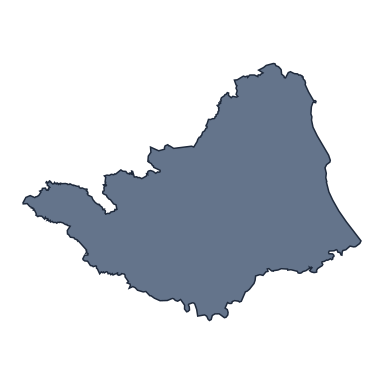 the district of Actopan, Veracruz, Mexico
{"feature_id": "50627088B39480353913545", "entity_name": "Actopan", "entity_type": "district", "adm_level": 2, "iso_a3": "MEX", "parent_name": "Mexico", "parent_adm1": "Veracruz", "projection": "albers", "projection_center": [-96.592, 19.561], "detail": "fine", "context": "isolated", "style": "filled", "palette": "slate", "viewbox_px": 384, "rotation_deg": 0, "n_neighbors": 0, "source": "geoboundaries", "source_scale": "gbopen_adm2", "svg_char_len": 5935}
<svg xmlns="http://www.w3.org/2000/svg" viewBox="0 0 384 384"><path d="M304.8,80.5L303.3,79.1L303.0,76.9L302.3,77.0L302.2,76.0L300.0,74.9L298.8,75.1L297.6,73.9L294.3,73.6L290.4,71.7L288.3,72.6L285.5,77.9L284.3,77.6L284.1,76.3L281.6,74.1L281.2,69.9L280.5,68.8L278.5,66.7L275.9,65.7L274.9,63.7L273.3,63.5L266.2,65.4L263.5,67.6L258.6,70.1L263.0,72.9L260.7,74.3L260.1,75.2L258.9,74.8L258.0,75.2L257.8,76.6L254.4,75.0L250.5,75.0L249.5,75.2L247.7,77.4L247.2,76.1L245.2,76.8L243.4,76.1L237.3,79.8L234.4,80.1L236.1,85.0L236.9,85.6L236.0,88.1L237.2,90.8L236.1,94.3L237.8,96.5L236.4,97.1L232.8,96.3L231.2,97.7L228.5,95.4L228.6,93.0L227.3,92.6L226.2,94.3L225.0,94.6L224.4,95.7L221.4,97.8L220.8,99.5L221.2,100.9L220.0,101.4L220.7,103.1L220.3,103.5L219.0,103.0L219.1,104.8L217.2,105.4L219.1,107.9L218.6,108.4L218.9,110.8L218.1,111.4L217.7,113.9L216.1,114.6L216.1,116.2L215.1,116.7L214.8,118.1L214.0,118.7L212.7,118.6L210.7,119.5L208.5,119.4L207.1,123.7L206.0,125.5L206.1,126.1L207.0,126.3L207.0,127.8L205.9,128.4L204.6,130.9L202.6,132.2L201.6,135.4L200.9,135.9L200.6,137.0L199.3,137.2L197.8,139.4L197.1,141.6L193.8,147.0L191.5,146.2L173.7,148.4L169.5,145.8L168.9,145.9L167.8,144.7L165.2,145.8L164.5,147.4L164.5,149.2L158.7,150.8L150.5,147.1L150.9,152.3L148.3,156.1L147.9,161.3L148.8,161.2L148.7,162.1L151.3,163.6L152.6,165.7L153.4,165.9L153.8,167.4L160.1,170.3L160.1,171.7L158.8,172.3L157.8,171.9L155.7,173.3L153.2,171.4L150.5,170.5L148.4,171.1L147.7,172.0L147.7,173.4L146.9,173.5L147.5,174.5L146.7,174.3L146.9,174.9L146.2,176.1L141.8,178.6L139.4,177.5L137.6,177.6L136.8,176.8L134.3,177.0L132.6,171.4L131.7,171.1L132.5,174.5L131.3,174.1L131.2,172.5L129.7,174.0L129.3,173.3L129.0,173.8L127.3,173.4L125.8,171.4L122.7,171.2L120.9,169.9L115.6,174.1L114.7,173.9L113.8,174.7L111.2,174.3L109.4,175.4L107.0,175.1L104.4,175.9L105.7,177.3L105.1,181.7L105.6,182.2L105.2,182.5L105.3,183.6L106.4,185.3L105.9,185.9L104.6,184.6L103.4,184.8L104.5,186.3L103.9,187.8L104.2,190.3L103.9,191.0L102.9,191.3L102.7,193.0L103.5,193.9L106.5,195.3L106.9,196.7L109.0,199.1L110.4,199.6L113.6,203.9L116.0,204.8L116.8,208.8L116.9,209.3L116.1,209.3L115.9,209.8L114.9,209.5L114.4,211.2L110.8,212.0L109.5,213.5L107.5,213.4L105.7,214.1L105.1,213.2L105.4,211.0L104.7,210.0L103.2,209.7L103.7,209.2L102.8,209.3L102.1,207.2L99.2,205.0L99.5,204.6L98.9,204.2L97.8,204.4L95.2,202.5L92.8,199.5L91.8,196.9L88.3,195.3L87.3,193.8L88.0,193.1L87.5,191.7L86.3,190.7L87.1,189.8L86.9,189.1L84.8,189.1L82.0,187.9L81.0,188.4L79.3,187.5L78.9,186.2L77.1,186.3L73.6,185.1L73.3,185.5L70.0,183.8L69.7,184.3L67.8,184.5L67.5,184.0L65.4,183.5L61.5,183.7L60.9,183.2L60.3,184.1L60.0,183.5L58.4,183.6L58.8,185.0L57.3,183.1L56.5,183.8L56.1,183.2L55.3,183.6L54.5,182.5L54.0,183.6L52.9,184.0L51.4,183.0L51.3,182.4L50.0,182.0L50.3,181.4L49.5,180.9L48.1,182.7L46.5,181.7L46.0,182.7L47.0,182.9L47.4,185.6L48.4,185.8L49.8,187.4L48.7,188.0L48.8,189.2L47.9,189.4L48.0,190.3L46.5,190.2L45.4,188.1L42.4,188.4L42.1,190.1L39.8,191.1L40.9,192.1L39.2,194.9L37.3,196.5L35.8,196.8L34.8,197.6L30.2,195.6L25.9,197.4L23.0,202.8L23.2,203.9L27.2,203.6L29.8,206.5L31.5,207.4L31.4,207.9L32.7,207.9L32.7,208.5L33.9,209.1L33.4,210.1L34.5,210.3L35.5,212.1L36.4,214.2L35.9,215.1L37.9,216.6L38.9,216.0L41.8,216.2L44.5,219.0L45.4,217.3L46.1,218.8L47.8,218.6L48.1,219.3L47.3,220.3L48.5,220.1L49.0,221.1L50.2,220.4L50.5,222.0L52.2,221.4L53.3,222.5L55.8,222.4L56.8,223.2L57.9,222.2L59.4,222.5L59.9,222.1L62.8,222.8L65.4,224.5L66.9,224.5L67.2,225.3L70.2,226.2L67.3,230.5L67.5,234.0L68.6,234.6L70.4,237.2L74.0,237.7L74.5,238.8L76.8,239.7L77.6,240.9L77.8,240.5L79.0,241.6L86.6,250.1L86.1,250.8L86.8,251.8L86.0,253.1L86.8,252.9L88.0,253.5L87.8,255.0L84.6,255.2L82.8,258.9L83.3,259.9L84.7,260.9L87.6,261.2L90.4,265.5L92.6,266.0L93.2,266.7L95.7,265.9L96.4,266.2L96.5,268.2L97.4,268.9L99.7,273.8L101.3,271.9L102.7,272.7L103.5,272.0L104.3,272.9L106.3,271.7L107.5,272.1L108.1,273.8L109.8,273.3L110.8,274.7L112.3,273.6L113.0,275.0L117.5,273.0L117.4,274.6L118.9,275.3L120.9,274.6L121.6,273.6L124.3,274.1L125.1,275.2L125.1,276.9L128.4,281.5L127.1,282.9L130.0,284.0L130.4,285.5L129.2,288.2L132.9,286.6L135.2,287.7L137.5,290.2L143.2,291.9L145.9,291.5L149.8,295.7L151.1,295.8L154.4,298.2L160.0,300.7L167.3,300.5L172.2,298.5L173.6,298.7L175.3,300.4L177.7,301.2L180.6,299.5L184.6,305.2L184.5,309.0L186.6,311.8L187.9,311.5L189.5,310.0L189.3,306.9L188.4,304.9L188.8,304.2L192.4,302.8L193.8,303.0L194.8,304.0L196.7,309.6L197.7,316.1L204.6,314.9L206.7,316.2L208.2,319.4L209.5,320.5L211.2,319.5L212.3,315.5L214.9,313.9L219.2,313.8L224.4,317.7L226.0,317.3L227.8,315.0L228.1,312.4L227.3,309.6L225.1,308.1L227.3,303.0L227.7,302.5L229.0,303.4L231.1,303.5L232.0,302.9L232.2,301.6L234.6,300.6L238.5,301.2L239.4,302.0L241.3,301.3L245.4,291.8L247.1,291.2L249.5,289.2L254.0,283.5L255.1,280.3L255.6,276.0L259.9,274.6L263.0,275.4L266.0,271.8L268.0,271.4L267.3,268.9L268.9,268.6L271.6,270.9L273.3,271.1L273.3,270.7L278.0,270.0L281.2,268.7L287.6,269.1L287.7,270.1L290.9,269.7L297.3,271.3L298.2,273.0L300.1,273.2L301.5,272.8L302.8,271.6L305.9,270.7L309.6,268.2L309.4,267.2L310.2,267.8L311.2,267.1L312.0,267.7L309.6,270.6L311.3,271.9L314.0,272.6L316.0,272.3L316.7,272.0L316.6,270.3L317.7,268.5L322.2,265.6L322.8,264.4L321.9,263.0L322.1,261.8L324.2,261.4L326.7,260.0L327.8,260.2L330.4,258.8L331.7,259.7L332.8,258.9L332.6,257.5L333.9,256.5L333.9,255.3L332.6,253.9L329.0,253.7L328.6,252.2L329.3,251.0L334.1,250.8L336.2,249.7L337.1,250.2L337.9,252.2L339.9,252.5L341.1,255.0L341.9,255.2L342.2,252.0L342.9,250.5L345.8,249.8L350.0,246.1L353.8,246.9L355.6,246.6L359.8,243.4L361.0,240.9L346.4,221.9L338.9,211.1L332.7,200.1L328.9,192.0L326.4,182.1L326.8,181.7L325.8,177.8L326.3,173.3L325.0,167.8L326.6,164.6L329.9,162.1L330.3,160.3L328.6,155.2L317.2,135.8L313.0,127.2L311.5,120.0L311.9,116.8L310.9,113.9L311.4,106.8L312.8,102.8L313.5,102.2L315.6,102.7L316.0,101.3L315.1,100.6L313.6,100.7L308.6,92.1L305.2,84.7L305.5,82.8L304.8,80.5Z" fill="#64748b" stroke="#1e293b" stroke-width="1.5"/></svg>